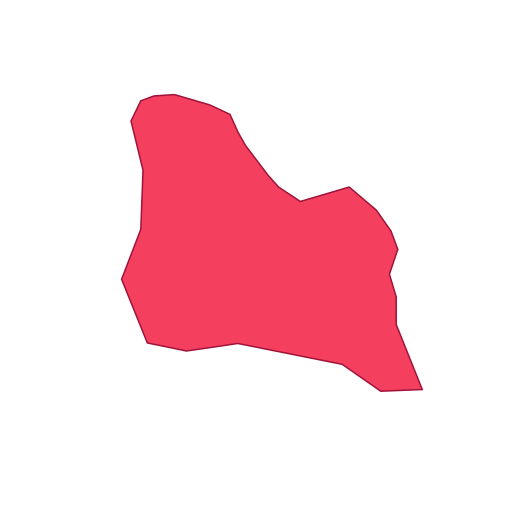 an SVG outline of Sveta Ana, rotated 157°
{"feature_id": "SVN-200", "entity_name": "Sveta Ana", "entity_type": "Municipality", "adm_level": 1, "iso_a3": "SVN", "parent_name": "Slovenia", "parent_adm1": "", "projection": "orthographic", "projection_center": [15.832, 46.654], "detail": "fine", "context": "isolated", "style": "filled", "palette": "rose", "viewbox_px": 512, "rotation_deg": 157, "n_neighbors": 0, "source": "natural_earth", "source_scale": "10m", "svg_char_len": 505}
<svg xmlns="http://www.w3.org/2000/svg" viewBox="0 0 512 512"><g transform="rotate(157 256 256)"><path d="M143.3,283.1L127.3,251.2L122.0,226.2L122.9,206.7L140.3,187.1L142.9,163.6L153.7,138.2L155.1,68.1L194.0,82.8L219.0,122.6L307.0,182.6L357.1,195.7L390.0,218.4L388.8,287.1L351.6,325.6L326.5,379.1L318.3,429.1L301.4,443.9L287.4,443.2L267.9,436.4L239.4,413.0L224.6,396.5L224.2,377.1L222.5,361.9L213.4,325.8L208.2,310.5L193.9,288.9L143.3,283.1Z" fill="#f43f5e" stroke="#9f1239" stroke-width="1.5"/></g></svg>